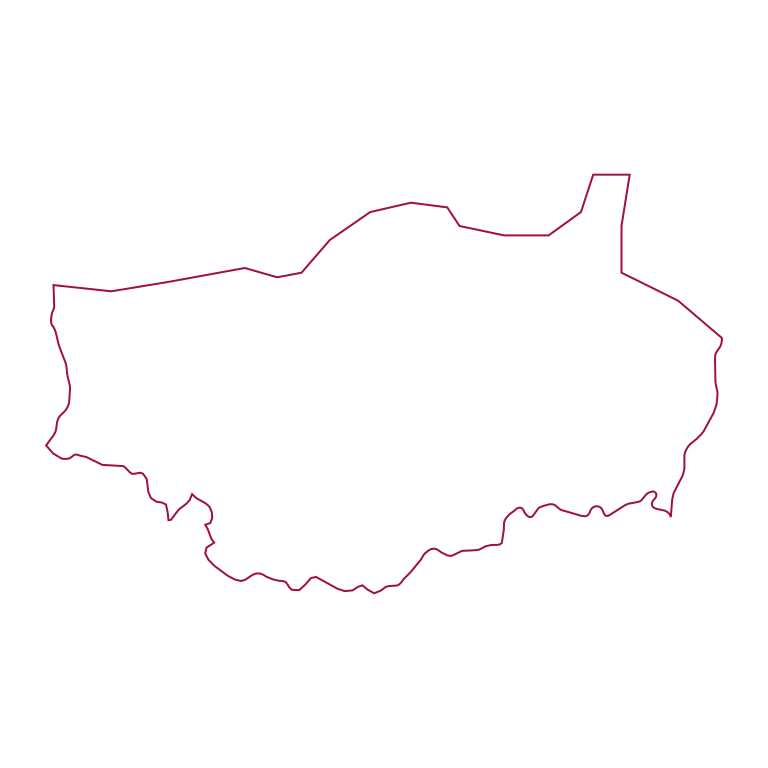 outline of Vakinankaratra
{"feature_id": "MDG-5881", "entity_name": "Vakinankaratra", "entity_type": "Autonomous Province", "adm_level": 1, "iso_a3": "MDG", "parent_name": "Madagascar", "parent_adm1": "", "projection": "robinson", "projection_center": [46.868, -19.718], "detail": "fine", "context": "isolated", "style": "outline", "palette": "rose", "viewbox_px": 768, "rotation_deg": 0, "n_neighbors": 0, "source": "natural_earth", "source_scale": "10m", "svg_char_len": 3144}
<svg xmlns="http://www.w3.org/2000/svg" viewBox="0 0 768 768"><path d="M46.1,445.4L53.9,434.9L55.5,431.6L56.1,429.5L57.0,422.7L57.5,420.6L58.9,417.3L61.1,414.7L63.7,412.3L66.0,409.7L67.8,406.6L68.5,404.7L69.1,402.6L70.1,388.2L69.8,385.4L67.8,377.4L67.1,373.5L66.6,367.9L65.9,363.7L58.9,345.5L55.7,332.2L54.4,328.9L53.2,326.5L52.0,325.2L51.2,323.0L51.0,320.0L51.6,314.9L52.4,312.0L53.4,309.8L54.0,307.9L54.2,305.5L53.5,285.1L111.2,291.3L167.8,282.0L244.8,268.0L277.2,277.3L301.5,272.7L329.8,240.0L370.3,212.0L410.9,202.7L447.3,207.4L459.5,226.0L504.0,235.4L548.6,235.4L581.0,212.0L593.2,174.7L629.7,174.7L621.5,226.0L621.5,272.7L678.1,300.7L721.9,338.0L721.9,340.5L721.4,343.3L720.2,346.6L716.4,352.2L715.3,354.7L715.0,359.0L715.4,381.8L716.1,386.1L717.0,389.7L717.5,392.7L717.5,394.9L716.6,404.2L713.6,413.0L703.5,431.5L701.3,434.2L696.4,439.1L690.9,443.5L688.5,446.0L687.5,447.5L685.7,450.7L684.9,452.9L684.4,455.6L684.4,468.6L683.7,471.9L682.5,475.8L673.6,493.2L672.2,499.5L670.8,517.1L669.9,514.8L669.0,513.6L667.8,512.3L666.3,511.4L664.7,510.6L657.2,509.0L655.0,508.3L653.3,507.3L652.3,505.9L651.9,504.2L652.2,502.5L652.9,500.9L655.2,498.1L656.1,496.7L656.4,495.0L656.0,493.3L654.7,492.0L652.8,491.4L649.6,492.3L647.6,493.3L646.0,494.7L641.5,500.2L640.2,501.2L638.4,501.9L628.4,503.7L625.0,505.2L608.7,515.6L607.0,516.0L605.3,515.5L603.9,513.5L602.3,509.6L601.2,508.1L599.9,507.0L598.0,506.4L595.8,506.2L592.7,507.5L591.2,509.2L590.2,511.1L589.5,513.0L588.5,514.5L587.3,515.7L584.9,516.3L581.6,515.9L561.6,510.1L560.0,509.3L556.0,505.9L554.5,504.9L552.5,504.3L550.0,504.2L546.4,505.0L540.2,507.1L538.9,507.9L538.1,508.7L533.3,515.3L532.1,516.6L530.5,517.1L528.3,516.6L525.9,514.4L524.5,512.4L523.6,510.4L522.6,508.9L521.2,507.8L519.4,507.6L517.1,508.4L515.5,509.6L514.1,510.9L509.8,514.0L508.6,515.2L506.3,517.9L505.3,519.4L504.5,521.1L504.0,523.2L503.8,529.9L502.1,541.1L501.7,543.1L499.9,544.4L497.0,544.9L491.3,545.0L485.8,546.2L479.4,549.5L476.9,550.1L462.0,550.9L452.2,555.6L450.1,555.9L447.5,555.5L441.4,552.4L437.7,549.8L436.1,549.1L434.1,548.6L431.0,549.1L429.1,550.1L424.8,553.5L423.7,554.9L420.9,559.6L410.8,571.9L403.5,579.3L401.4,582.2L400.2,583.5L398.9,584.6L397.1,585.5L388.9,586.1L385.9,586.8L380.6,590.7L374.2,593.3L367.9,589.8L362.4,585.3L357.9,586.9L352.5,590.4L344.7,591.1L337.6,588.8L316.0,576.9L310.8,578.2L305.4,584.5L299.2,590.1L291.8,589.8L289.2,587.2L287.5,584.4L285.7,582.0L282.8,581.0L278.9,580.8L272.8,579.3L266.3,576.7L263.5,574.9L260.5,573.6L256.5,573.4L252.7,574.8L245.0,579.9L240.8,581.0L234.6,579.4L227.2,575.4L214.2,565.7L208.4,559.7L205.2,553.5L206.5,547.6L214.2,542.6L211.2,538.5L207.9,529.5L205.3,524.8L210.3,523.0L212.2,518.1L211.8,512.1L209.5,506.8L205.9,503.5L196.2,498.0L192.1,494.1L189.6,500.2L186.6,503.5L178.7,509.6L170.9,519.9L168.5,520.2L167.6,512.1L166.0,504.5L161.8,502.5L156.4,501.7L151.0,498.1L148.4,492.2L146.7,479.1L143.1,473.8L140.2,472.7L134.4,473.8L132.1,473.8L129.6,472.1L125.4,467.6L123.3,466.1L102.4,464.9L86.5,457.1L79.1,455.4L76.8,454.6L74.5,454.7L71.3,457.2L69.3,458.4L66.6,458.9L63.8,458.9L61.5,458.5L53.2,453.5L46.1,445.4Z" fill="none" stroke="#9f1239" stroke-width="2"/></svg>